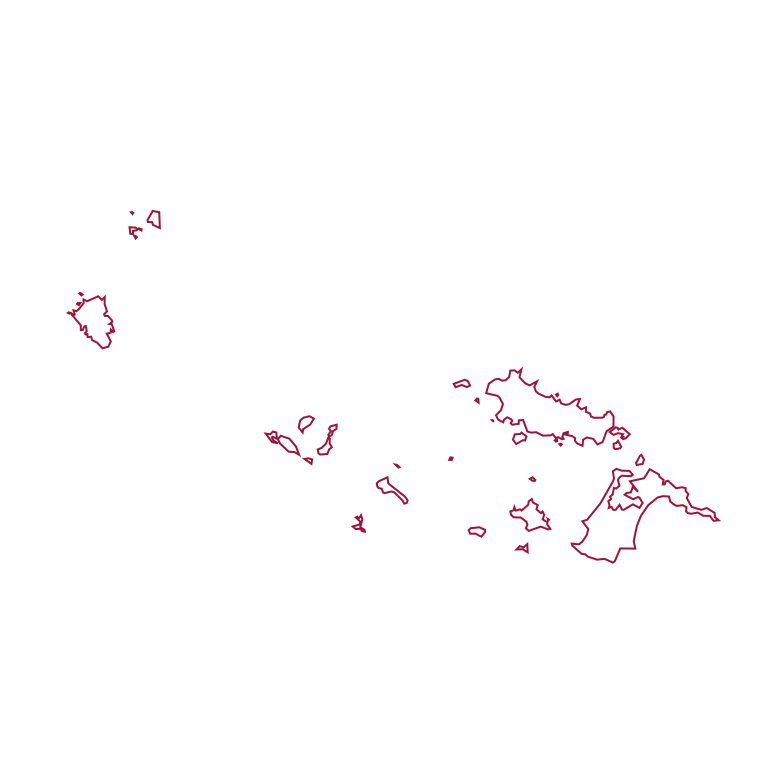 Co To, Vietnam (Robinson projection), rotated 254°
{"feature_id": "81297802B76384767601248", "entity_name": "Co To", "entity_type": "district", "adm_level": 2, "iso_a3": "VNM", "parent_name": "Vietnam", "parent_adm1": "", "projection": "robinson", "projection_center": [107.847, 21.097], "detail": "fine", "context": "isolated", "style": "outline", "palette": "rose", "viewbox_px": 768, "rotation_deg": 254, "n_neighbors": 0, "source": "geoboundaries", "source_scale": "gbopen_adm2", "svg_char_len": 6189}
<svg xmlns="http://www.w3.org/2000/svg" viewBox="0 0 768 768"><g transform="rotate(254 384 384)"><path d="M188.2,540.4L182.7,537.1L177.9,531.2L176.1,527.3L178.8,520.5L176.7,520.5L166.2,527.2L164.9,530.4L161.8,532.4L156.4,540.5L155.1,547.8L149.2,554.9L150.1,557.1L160.8,565.8L156.5,580.2L164.1,580.7L177.9,588.0L186.3,594.5L194.7,604.6L199.5,615.7L199.3,621.2L197.3,627.0L192.2,626.7L188.0,629.7L186.1,631.8L185.2,637.7L182.3,640.8L178.5,639.3L176.2,640.4L174.6,643.5L174.0,650.1L169.3,654.6L167.4,660.9L161.7,663.0L160.7,668.2L164.8,665.4L168.9,666.3L175.8,660.1L175.6,654.3L181.0,645.9L190.8,643.6L194.4,646.2L197.9,644.4L200.8,645.3L202.6,641.9L203.3,636.0L212.7,630.4L212.7,627.9L210.2,626.3L210.6,624.3L214.8,626.3L219.0,623.2L221.2,623.4L228.8,615.9L221.7,608.0L222.7,593.6L210.4,598.5L216.8,594.9L211.8,591.5L212.3,586.9L211.2,584.8L204.5,591.8L205.4,596.9L204.4,598.2L198.3,599.8L194.5,595.4L199.7,590.1L197.0,579.8L197.7,578.1L202.9,577.1L199.2,572.0L199.8,569.7L203.2,568.8L202.9,565.9L205.3,567.4L209.5,567.3L211.0,570.7L213.3,570.1L214.8,573.4L220.7,576.3L219.5,578.4L221.3,582.3L227.0,582.4L228.8,583.7L230.3,587.3L227.3,595.9L228.1,598.1L232.9,595.9L235.2,588.5L238.4,584.0L237.0,579.9L229.6,579.0L227.1,577.1L209.5,559.0L197.5,541.8L197.4,536.9L188.2,540.4ZM357.8,492.1L355.4,484.9L347.0,479.7L341.3,489.9L338.8,491.4L332.0,492.8L326.5,489.2L323.1,483.0L318.3,483.9L314.3,488.0L316.7,489.6L318.0,493.3L314.6,496.8L313.1,497.1L311.5,494.9L309.5,496.0L308.6,502.5L311.9,503.5L311.0,507.8L298.9,508.7L296.7,512.0L295.7,517.0L290.5,522.6L288.7,530.2L289.4,532.4L284.8,534.2L284.9,536.7L281.8,539.9L281.8,541.5L284.0,540.9L287.2,543.1L287.3,547.5L286.0,547.1L286.2,543.0L281.8,550.8L279.4,552.7L276.9,551.9L273.8,553.1L269.9,557.8L275.5,560.0L276.7,564.2L273.5,570.1L267.1,572.5L267.9,578.1L277.3,585.0L279.9,592.9L289.5,595.7L295.3,593.8L295.5,590.7L293.4,589.2L293.7,587.4L291.7,586.3L291.4,584.7L293.6,576.7L295.6,574.1L298.9,573.9L301.6,570.4L305.9,571.7L305.3,566.6L310.0,563.7L315.6,568.2L316.2,564.0L313.5,556.4L313.9,552.8L316.4,549.0L320.5,548.5L319.8,544.5L326.8,542.0L325.6,539.6L326.8,536.2L331.9,530.1L335.0,528.0L339.9,527.7L344.4,531.9L342.5,523.6L345.8,519.9L353.1,516.1L360.2,520.1L357.9,515.7L361.1,513.3L362.1,509.1L356.3,506.3L354.1,501.9L354.6,498.6L357.4,495.5L357.8,492.1ZM535.9,105.8L535.7,103.4L524.0,108.7L519.4,107.4L519.0,109.4L522.0,111.7L521.9,113.4L516.7,112.8L515.3,110.5L513.9,110.9L513.7,112.6L510.8,112.0L510.2,115.5L506.7,115.5L502.7,119.8L495.9,123.2L495.9,129.3L500.2,133.1L508.8,131.4L508.6,135.4L511.6,136.4L508.5,137.9L509.1,139.2L516.5,138.8L517.3,136.7L518.8,140.0L520.4,139.9L525.4,137.4L526.5,134.3L528.3,134.2L530.1,137.7L537.9,137.5L544.6,139.5L542.5,135.9L547.1,133.5L545.4,121.5L548.1,118.5L544.4,117.5L540.1,111.3L538.8,108.5L540.4,105.8L535.9,105.8ZM229.7,475.4L226.8,473.7L226.7,470.3L223.1,470.1L220.1,471.9L218.0,478.6L212.4,482.9L209.1,483.1L206.3,480.6L202.9,482.6L203.7,495.4L199.1,501.4L198.9,503.9L203.9,502.2L206.0,502.9L210.1,499.2L214.1,501.9L217.8,501.3L216.6,499.3L221.6,496.0L225.2,498.4L229.2,494.4L232.7,494.3L231.3,490.7L228.2,489.4L224.4,481.4L226.0,480.3L226.0,475.7L229.7,475.4ZM292.0,352.4L290.5,349.7L287.6,349.3L285.3,350.2L284.0,353.0L280.3,353.1L279.0,354.1L278.7,361.1L277.3,363.8L266.7,369.8L263.4,370.4L263.4,373.0L265.6,374.6L270.0,373.1L287.3,360.7L293.3,361.6L292.0,352.4ZM360.2,266.8L355.5,267.6L345.3,273.6L343.2,279.2L339.3,282.9L348.2,282.1L357.5,278.0L362.7,270.4L360.2,266.8ZM372.1,293.4L365.6,290.0L359.8,292.4L362.9,293.8L365.4,302.0L370.1,307.1L373.6,303.4L373.8,297.5L372.1,293.4ZM614.1,209.4L606.8,201.9L604.8,201.6L603.5,205.7L600.6,205.8L595.7,211.5L611.0,215.3L614.1,209.4ZM347.3,315.3L342.6,311.7L339.8,306.5L339.3,302.2L335.5,301.9L333.8,303.2L332.3,310.2L336.3,313.3L337.5,316.4L342.0,315.4L346.4,316.8L347.3,315.3ZM278.4,594.8L275.6,587.7L271.8,590.6L272.2,595.6L269.8,600.0L268.3,598.3L267.3,599.3L267.1,597.3L265.1,598.5L265.2,601.6L268.0,606.4L276.3,600.9L275.5,596.8L277.5,596.5L278.4,594.8ZM216.1,440.8L220.0,436.1L221.5,427.6L220.1,425.1L216.3,425.6L214.9,430.8L210.4,435.4L213.9,440.5L216.1,440.8ZM299.6,495.8L294.9,492.6L289.8,494.6L291.7,502.0L290.9,504.0L294.3,506.5L299.4,502.8L298.3,501.2L299.6,495.8ZM364.9,451.0L361.2,452.0L361.6,458.5L358.2,462.8L358.8,466.3L363.6,465.4L365.8,462.9L364.9,451.0ZM367.0,260.8L368.9,256.6L359.0,260.4L356.3,265.7L360.1,262.2L363.4,261.4L364.1,262.4L360.8,266.0L367.1,267.1L368.9,264.2L367.0,260.8ZM255.7,321.7L255.6,314.7L252.4,316.8L251.1,321.9L248.9,322.0L247.3,324.9L249.2,325.0L252.9,321.7L259.8,325.8L264.2,325.8L261.5,322.4L263.8,321.7L263.5,320.1L258.0,323.4L255.7,321.7ZM353.2,320.0L350.7,316.6L348.2,316.2L349.5,320.0L352.8,322.0L353.8,325.8L357.9,327.3L358.0,320.7L356.1,318.8L353.2,320.0ZM239.7,613.1L245.0,611.8L244.2,610.0L238.4,604.4L236.5,604.6L235.9,610.6L239.7,613.1ZM258.4,594.7L264.9,593.2L263.2,591.0L263.3,588.3L259.3,587.2L257.6,588.3L257.1,593.3L258.4,594.7ZM190.6,477.6L188.5,473.1L190.8,469.8L188.4,465.7L186.9,471.8L182.6,475.7L190.6,477.6ZM604.8,182.6L598.4,181.5L597.2,184.3L600.4,184.8L599.9,188.6L600.9,189.7L602.9,188.1L604.8,182.6ZM333.3,291.1L333.9,286.9L327.2,292.2L331.3,294.1L333.3,291.1ZM250.1,503.0L253.4,501.1L252.6,498.0L250.0,500.1L249.2,502.2L250.1,503.0ZM294.3,429.6L295.2,427.5L293.1,425.8L292.3,428.1L294.3,429.6ZM344.4,469.3L343.1,467.3L340.0,469.8L343.8,470.6L344.4,469.3ZM545.6,114.5L546.3,111.9L545.5,110.9L543.9,112.4L545.6,114.5ZM299.8,376.0L302.8,374.0L303.4,372.7L299.7,374.8L299.8,376.0ZM283.7,535.0L282.7,532.6L281.3,533.3L281.3,534.7L283.7,535.0ZM553.1,119.1L555.3,117.1L555.1,116.1L552.5,117.6L553.1,119.1ZM593.3,186.9L594.9,185.8L595.0,184.8L592.3,185.4L593.3,186.9ZM326.8,548.3L326.4,546.5L324.5,547.1L325.5,548.5L326.8,548.3ZM599.5,193.6L601.3,191.2L601.0,190.4L598.4,193.1L599.5,193.6ZM617.5,190.1L618.7,189.2L618.8,188.1L616.7,189.1L617.5,190.1ZM277.0,538.3L278.0,537.2L277.9,536.0L276.1,536.9L277.0,538.3ZM317.3,479.1L319.4,478.5L319.5,477.8L317.3,479.1ZM208.0,505.2L209.2,504.2L207.4,504.1L208.0,505.2ZM537.3,103.5L538.6,102.4L537.1,102.9L537.3,103.5ZM539.0,101.9L539.8,100.6L539.5,99.8L538.5,101.0L539.0,101.9Z" fill="none" stroke="#9f1239" stroke-width="2"/></g></svg>